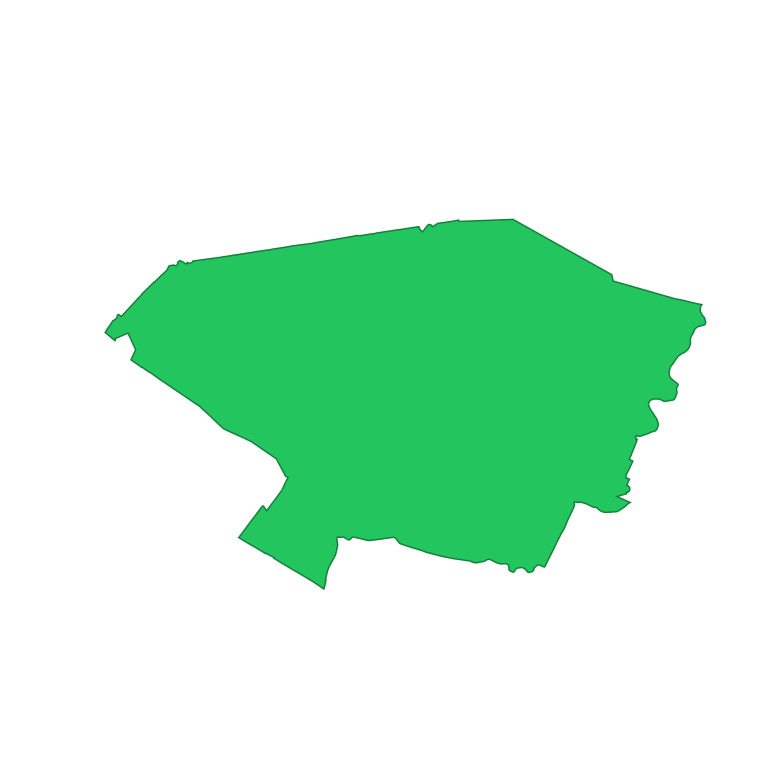 outline of Guadalupe, Nuevo León, Mexico, rotated 206°
{"feature_id": "50627088B2600524560813", "entity_name": "Guadalupe", "entity_type": "district", "adm_level": 2, "iso_a3": "MEX", "parent_name": "Mexico", "parent_adm1": "Nuevo León", "projection": "mercator", "projection_center": [-100.227, 25.677], "detail": "fine", "context": "isolated", "style": "filled", "palette": "green", "viewbox_px": 768, "rotation_deg": 206, "n_neighbors": 0, "source": "geoboundaries", "source_scale": "gbopen_adm2", "svg_char_len": 6159}
<svg xmlns="http://www.w3.org/2000/svg" viewBox="0 0 768 768"><g transform="rotate(206 384 384)"><path d="M159.3,290.4L159.4,294.0L159.3,298.0L159.3,299.6L159.2,305.2L159.2,322.0L159.1,327.3L158.7,332.7L158.7,334.4L159.2,342.5L159.2,350.5L159.4,357.3L159.6,358.5L161.2,361.3L161.0,361.5L159.1,362.2L158.6,362.2L157.7,362.6L157.3,362.8L156.3,363.6L155.8,363.8L153.3,364.4L151.3,364.8L148.7,365.1L147.7,365.1L144.3,365.0L143.1,365.0L141.6,365.2L140.5,365.5L139.6,366.0L139.0,366.1L138.3,366.0L137.5,365.7L136.6,365.6L136.1,365.4L134.6,365.0L133.8,364.9L132.5,364.9L130.6,365.1L128.1,365.9L127.6,366.2L126.9,366.8L125.8,367.4L125.2,367.6L124.0,368.2L122.3,369.4L120.4,370.3L119.5,370.8L118.3,371.8L116.0,375.2L113.6,379.7L112.3,383.1L111.5,384.5L110.8,385.4L116.9,385.2L125.3,385.0L121.8,388.2L118.5,391.1L117.9,391.8L118.6,393.0L117.5,393.6L116.9,394.5L116.6,395.2L116.7,396.1L117.0,397.2L117.4,398.1L118.3,398.9L119.2,399.4L121.5,399.4L121.6,406.0L125.6,406.0L126.3,407.8L126.5,408.5L126.5,409.0L126.4,414.5L126.5,423.8L130.4,423.7L131.7,441.8L131.9,443.9L132.9,444.6L132.2,445.1L134.7,446.5L134.7,447.6L134.6,448.4L133.6,448.4L132.1,448.7L131.7,449.0L130.7,449.5L129.5,450.5L128.5,451.7L127.0,453.1L123.8,456.4L123.6,456.8L123.5,457.3L123.1,457.6L121.6,459.0L120.0,460.3L119.2,461.7L119.0,462.7L118.9,464.2L119.2,465.7L119.4,467.3L119.8,468.2L120.1,468.6L122.7,471.4L123.5,472.0L125.5,473.4L127.4,474.4L128.2,475.0L128.7,475.2L129.5,475.8L130.4,476.4L131.4,476.8L132.7,477.5L133.5,478.2L134.4,478.7L137.4,481.5L137.6,482.0L137.7,482.9L137.7,485.0L137.6,485.5L137.5,486.0L137.2,486.4L136.5,487.1L136.2,487.5L135.1,488.6L132.8,489.9L131.4,490.4L129.8,491.2L128.5,491.3L127.5,491.2L124.9,491.1L124.4,491.2L123.5,491.8L122.7,492.4L121.4,493.2L119.4,494.8L118.6,495.2L117.8,495.9L117.4,496.2L117.0,496.5L116.4,497.4L116.3,498.9L116.3,500.5L116.6,503.6L116.8,504.6L117.5,505.9L118.6,507.1L118.8,507.6L118.9,508.1L119.1,508.5L119.2,509.6L119.2,510.1L119.1,511.2L119.2,512.2L119.6,512.6L120.2,512.9L124.5,513.8L125.5,514.0L127.9,514.8L128.5,514.9L128.9,515.1L130.2,516.0L131.1,516.6L131.6,517.3L131.8,517.8L132.1,518.3L132.7,519.1L132.8,519.6L133.2,520.5L133.4,521.5L133.7,522.5L133.8,524.1L133.9,526.1L133.8,526.7L133.5,527.6L133.3,528.1L133.2,529.2L132.9,530.7L132.8,532.2L132.7,532.7L132.2,535.8L131.8,537.8L131.1,539.2L130.8,539.7L130.2,541.1L128.3,543.4L127.5,544.7L126.8,546.1L126.4,547.1L126.0,548.0L125.9,548.9L125.7,551.0L125.9,552.6L126.3,554.6L126.9,556.1L127.7,557.4L128.4,558.8L128.5,559.8L128.7,561.0L128.7,562.3L128.5,564.4L128.5,566.9L128.6,567.4L128.6,568.0L128.6,569.0L128.6,569.5L128.5,570.0L127.8,571.9L127.2,572.8L126.2,573.9L124.6,575.2L123.1,576.6L122.7,576.9L121.9,577.7L121.6,578.1L121.5,578.7L121.6,579.2L121.9,580.3L122.4,581.2L123.8,582.7L124.8,583.8L125.6,584.3L128.1,585.5L129.4,586.4L131.1,587.6L131.4,588.0L132.2,589.3L133.2,591.7L133.4,593.2L133.2,594.2L133.1,594.7L137.0,593.6L141.4,592.6L145.5,591.6L148.8,591.0L151.4,590.4L155.1,589.5L160.0,588.1L223.1,577.0L227.2,582.1L340.2,588.5L387.6,563.1L388.8,564.0L394.9,559.5L406.1,551.9L409.3,546.6L410.9,547.6L413.7,547.1L413.8,546.9L414.4,545.7L414.8,543.9L415.6,539.9L415.9,537.8L418.6,538.3L420.1,539.3L421.7,540.7L426.3,537.5L428.7,535.8L431.7,533.7L436.0,530.7L437.4,529.8L441.1,527.3L456.3,516.8L457.3,516.1L457.4,515.8L462.0,512.8L471.1,506.3L472.6,506.1L491.8,492.2L505.3,482.6L512.2,477.5L516.8,474.6L526.5,468.2L531.8,464.3L543.0,456.5L547.2,453.4L547.4,453.4L550.9,451.0L555.0,448.2L567.7,439.3L590.2,423.7L609.6,410.8L609.6,409.4L611.7,407.2L614.1,407.0L613.8,405.5L614.8,405.3L616.5,405.1L617.1,405.4L618.5,405.6L621.5,405.5L622.0,404.8L622.7,402.9L622.1,400.8L622.2,399.9L623.4,398.9L624.0,398.8L625.4,398.7L625.8,398.1L627.7,397.0L629.1,395.6L628.9,392.8L629.1,391.3L629.3,389.9L630.0,388.5L631.8,383.9L632.2,383.0L632.1,382.9L635.0,374.9L635.3,375.0L641.0,358.9L640.7,358.9L643.0,351.7L649.7,329.5L652.6,330.2L653.1,330.0L653.4,329.7L653.8,328.7L653.0,326.4L653.1,326.0L654.5,323.1L655.4,322.1L656.3,314.9L656.5,314.3L656.9,311.7L657.2,308.1L644.9,305.0L644.6,305.5L645.3,307.2L636.4,317.5L622.2,305.9L622.0,294.8L611.1,293.1L609.3,292.7L608.0,293.1L607.6,292.8L602.3,292.0L601.2,291.7L598.8,291.8L586.8,289.7L581.0,289.0L573.3,287.8L568.5,287.2L544.6,283.7L540.1,283.2L536.7,282.0L533.2,281.1L527.2,279.3L514.3,275.1L508.3,273.4L502.7,273.5L495.3,273.7L490.6,273.9L477.5,274.1L473.8,273.4L448.2,269.6L446.9,268.8L444.8,267.2L433.1,258.8L432.9,258.4L432.1,258.0L429.3,258.0L429.4,249.8L429.4,248.8L429.2,248.4L429.3,244.0L429.2,243.7L430.3,237.8L430.6,236.1L433.9,218.7L438.8,221.3L439.3,221.3L439.7,221.1L440.2,218.9L442.1,208.9L443.8,200.5L444.1,198.7L447.2,182.3L440.0,181.6L436.2,181.3L430.2,180.9L418.6,179.9L417.1,179.7L416.2,179.7L416.1,180.1L408.1,179.8L406.4,179.6L406.5,179.1L396.7,178.1L382.2,176.9L374.8,176.4L369.8,176.0L364.1,175.4L362.6,175.4L358.3,174.8L355.5,174.5L351.2,173.8L348.3,173.3L348.2,173.7L348.3,174.5L350.2,182.5L351.0,182.8L351.6,186.0L352.5,189.7L352.9,191.8L353.2,194.9L353.1,198.9L352.6,208.9L353.5,213.1L355.0,218.8L355.5,219.7L356.6,221.3L358.9,224.6L358.8,226.1L357.6,226.4L355.9,227.1L355.2,227.5L353.9,228.5L352.9,228.7L348.4,228.2L347.3,228.4L346.5,229.2L345.8,231.0L345.5,231.9L345.2,232.3L344.6,233.0L338.3,234.5L331.2,236.0L328.5,236.9L321.6,241.4L308.7,250.1L308.0,250.4L306.3,250.5L305.5,250.3L301.3,248.1L300.8,247.9L300.1,247.7L298.3,247.7L286.1,249.4L278.1,250.7L274.6,251.2L272.7,251.2L257.7,254.2L245.7,257.3L229.2,262.6L226.2,262.8L222.9,263.5L220.7,265.2L216.5,268.3L215.8,269.0L214.8,270.7L213.8,271.8L213.0,272.4L212.4,272.7L211.1,272.8L204.4,272.7L201.4,273.2L200.3,273.4L196.1,275.7L195.6,275.9L195.2,276.0L194.4,276.1L193.3,275.9L192.6,275.4L191.9,274.7L191.5,274.1L190.1,271.7L188.9,271.3L185.7,271.4L185.1,271.7L184.8,272.1L184.6,272.6L184.6,275.2L184.2,276.0L183.7,276.7L183.0,277.3L180.5,279.0L179.4,279.6L178.3,279.7L176.6,279.7L174.0,278.7L172.6,278.1L172.0,277.9L171.5,277.9L168.6,280.2L168.2,280.8L168.1,281.2L168.0,282.7L168.5,282.7L168.1,285.4L167.4,286.9L166.8,288.0L166.3,288.7L165.6,289.2L164.5,289.6L163.2,289.5L159.8,289.7L159.3,290.4Z" fill="#22c55e" stroke="#15803d" stroke-width="1.5"/></g></svg>